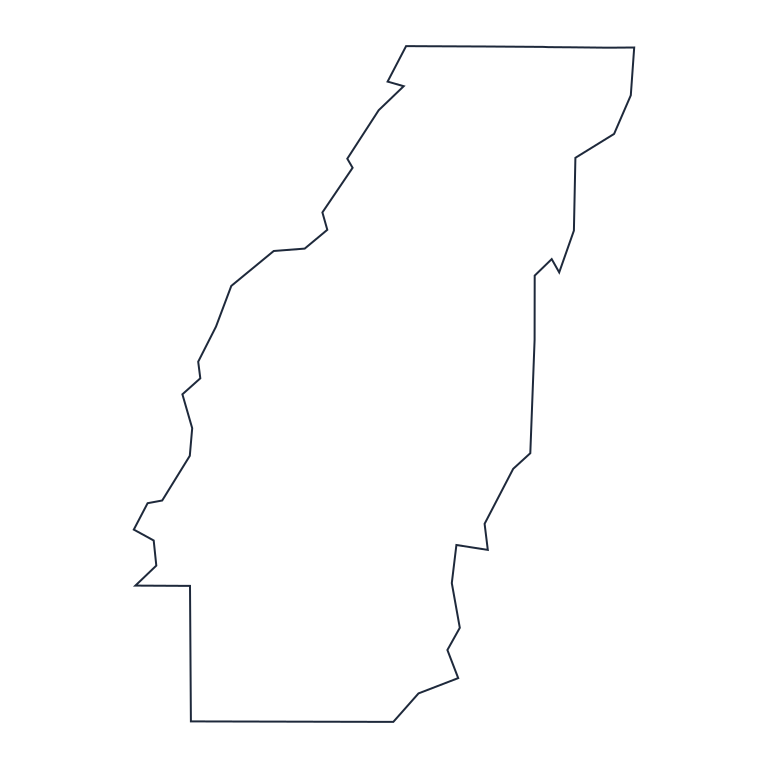 the district of West Carroll, Louisiana, United States of America
{"feature_id": "52423323B44396431202896", "entity_name": "West Carroll", "entity_type": "district", "adm_level": 2, "iso_a3": "USA", "parent_name": "United States of America", "parent_adm1": "Louisiana", "projection": "orthographic", "projection_center": [-91.444, 32.794], "detail": "fine", "context": "isolated", "style": "outline", "palette": "slate", "viewbox_px": 768, "rotation_deg": 0, "n_neighbors": 0, "source": "geoboundaries", "source_scale": "gbopen_adm2", "svg_char_len": 772}
<svg xmlns="http://www.w3.org/2000/svg" viewBox="0 0 768 768"><path d="M406.1,46.1L387.6,81.6L403.7,86.2L378.7,110.2L347.3,158.7L352.6,167.8L322.4,212.4L327.3,229.8L304.7,248.6L273.7,251.0L231.3,285.9L216.0,326.6L198.2,361.7L200.3,378.3L182.4,394.3L192.2,428.2L189.8,455.8L162.2,500.5L147.6,503.2L133.8,529.6L153.7,540.5L156.3,565.6L135.4,585.6L190.0,585.9L190.9,721.4L393.3,721.9L418.5,693.4L458.2,678.1L447.4,650.0L459.8,627.8L451.8,583.1L456.4,545.0L487.8,549.9L484.6,523.8L513.2,468.8L530.3,453.2L534.6,339.8L534.7,275.6L551.7,259.1L559.2,272.4L573.9,230.6L575.4,157.8L614.1,133.9L630.8,95.3L634.2,47.5L608.3,47.7L571.4,47.3L557.4,47.2L554.0,47.2L552.2,47.1L547.7,47.1L543.4,46.9L485.9,46.5L419.8,46.2L406.1,46.1Z" fill="none" stroke="#1e293b" stroke-width="2"/></svg>